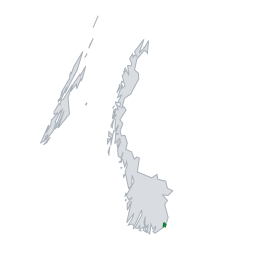 Lyngdal nor, Vest-Agder, Norway (highlighted), rotated 295°
{"feature_id": "86288312B23771706622322", "entity_name": "Lyngdal nor", "entity_type": "district", "adm_level": 2, "iso_a3": "NOR", "parent_name": "Norway", "parent_adm1": "Vest-Agder", "projection": "equal_earth", "projection_center": [7.039, 58.163], "detail": "fine", "context": "in_parent", "style": "filled", "palette": "green", "viewbox_px": 256, "rotation_deg": 295, "n_neighbors": 0, "source": "geoboundaries", "source_scale": "gbopen_adm2", "svg_char_len": 4597}
<svg xmlns="http://www.w3.org/2000/svg" viewBox="0 0 256 256"><g transform="rotate(295 128 128)"><path d="M153.6,112.2L143.9,114.0L145.6,115.2L143.5,118.7L132.0,117.2L129.8,121.5L122.1,122.0L118.0,125.4L120.1,128.1L114.2,133.7L107.8,135.0L107.8,141.4L102.3,147.1L105.4,148.0L105.5,151.0L92.2,155.0L92.8,170.6L98.2,173.8L94.1,176.8L95.8,184.6L90.0,189.2L90.0,195.1L83.8,192.8L81.9,187.6L79.0,194.4L74.3,193.5L63.9,202.2L55.1,203.3L43.9,196.9L44.7,194.4L48.3,195.6L50.3,194.5L46.7,193.6L50.6,189.4L41.1,192.4L42.4,188.7L49.2,187.2L45.6,186.8L48.7,183.5L55.1,181.1L48.8,182.5L41.2,188.8L41.8,184.8L45.3,184.5L41.3,181.6L45.1,179.5L41.2,180.0L40.4,176.5L55.4,177.2L59.5,175.0L41.2,175.2L42.9,172.6L40.0,169.3L47.9,170.1L53.1,169.4L41.6,166.9L63.0,162.1L53.2,162.2L59.2,159.1L66.8,161.2L63.4,158.6L66.4,155.0L82.1,156.1L86.9,151.7L77.0,155.7L73.5,154.1L86.8,144.0L94.0,143.0L96.7,141.1L91.3,141.6L97.3,136.4L95.5,135.3L104.1,133.8L97.8,134.3L98.2,131.2L104.2,127.6L113.2,127.0L106.4,126.5L109.8,124.3L114.3,125.9L114.9,124.7L108.6,122.6L116.6,119.6L118.9,122.1L117.9,118.9L127.0,118.2L119.9,117.4L130.2,113.0L131.0,110.9L135.1,112.0L133.3,110.8L140.3,108.6L140.3,111.2L144.4,107.7L143.5,111.8L147.6,110.5L146.5,107.9L155.6,108.4L151.1,105.7L159.8,104.8L164.7,107.4L172.9,100.7L179.9,101.9L175.9,106.6L184.5,101.3L185.8,104.6L188.3,103.9L191.5,100.1L197.0,100.9L194.1,102.8L196.6,102.9L196.7,105.6L200.0,101.6L215.1,105.0L200.8,106.3L207.6,109.0L216.0,109.7L203.8,114.0L205.6,110.9L204.0,109.5L194.0,106.9L183.3,109.4L182.1,114.2L177.1,117.0L159.8,116.1L153.6,112.2ZM111.4,54.1L121.2,55.1L120.4,56.7L124.8,55.8L126.7,57.2L143.7,59.3L130.1,60.8L116.0,69.0L98.6,64.7L116.6,62.9L99.1,63.5L96.5,62.3L117.9,60.6L113.4,60.3L115.4,59.6L102.5,59.4L102.3,60.7L93.1,61.4L82.0,58.4L88.3,58.4L85.6,57.0L80.9,57.7L77.6,55.2L96.0,54.8L97.4,55.2L89.1,55.9L97.7,56.8L102.9,55.2L112.5,58.3L109.0,55.4L111.4,54.1ZM132.4,52.6L148.3,54.1L152.3,52.6L154.2,52.7L153.2,53.6L160.9,53.0L178.3,54.7L159.0,57.4L135.4,56.3L132.6,55.9L139.3,55.3L126.7,55.2L123.7,54.6L127.3,54.2L121.6,53.8L130.3,53.9L129.1,53.1L132.7,53.5L132.4,52.6ZM145.1,59.9L156.9,61.8L154.9,62.5L166.2,63.5L153.6,65.7L151.2,65.6L152.6,64.5L141.8,64.9L145.9,62.8L136.7,60.4L145.1,59.9ZM114.7,117.2L120.0,116.1L104.7,119.8L112.3,116.8L112.5,113.8L116.7,112.2L114.7,117.2ZM122.6,111.6L129.8,111.4L121.5,113.6L122.6,111.6ZM129.5,110.0L139.6,107.2L134.4,110.1L129.5,110.0ZM77.0,58.6L84.9,60.6L86.8,61.4L80.6,60.5L77.0,58.6ZM109.5,114.1L111.0,116.8L105.2,116.1L109.5,114.1ZM164.3,101.9L160.6,103.7L154.9,103.0L161.3,102.6L164.3,101.9ZM165.2,103.2L163.8,105.3L161.3,104.7L165.2,103.2ZM98.2,120.1L103.7,119.4L97.7,121.2L98.2,120.1ZM216.7,53.6L204.2,53.9L217.1,53.5L216.7,53.6ZM187.3,58.3L194.6,58.6L183.6,58.8L187.3,58.3ZM176.5,100.5L180.6,100.1L182.0,100.5L176.5,100.5ZM167.9,102.7L167.2,103.8L166.0,102.8L167.9,102.7ZM146.4,105.8L146.5,106.9L144.8,106.5L146.4,105.8ZM133.0,79.7L132.6,80.6L130.6,79.9L133.0,79.7ZM178.3,59.5L174.9,59.4L174.5,59.1L178.3,59.5ZM83.5,143.9L84.7,145.1L81.6,144.8L83.5,143.9ZM139.3,105.5L141.4,106.0L142.7,106.6L139.3,105.5ZM123.7,53.0L125.2,53.4L123.0,53.2L123.7,53.0ZM67.9,154.1L64.3,154.3L68.0,153.6L67.9,154.1ZM62.8,156.0L61.5,157.0L60.9,156.5L62.8,156.0ZM96.9,121.5L95.0,122.5L97.0,120.8L96.9,121.5ZM40.6,182.1L40.2,183.8L40.0,181.6L40.6,182.1ZM94.1,135.5L93.2,134.6L94.3,134.7L94.1,135.5ZM208.3,107.9L208.0,108.9L207.8,108.7L208.3,107.9ZM95.1,136.3L93.1,136.5L95.5,136.1L95.1,136.3ZM89.3,138.3L89.5,139.1L88.5,138.9L89.3,138.3ZM39.8,175.1L38.9,176.1L39.1,175.3L39.8,175.1Z" fill="#d9dde1" stroke="#a8b0b8" stroke-width="1"/><path d="M57.0,201.4L57.1,201.2L56.9,200.9L56.7,200.8L56.7,200.7L56.4,200.8L56.2,200.9L56.1,201.0L55.8,201.0L55.6,201.0L55.4,201.2L55.5,201.2L55.5,201.3L55.4,201.4L55.2,201.3L54.9,201.4L54.7,201.4L54.4,201.5L54.5,201.6L54.6,201.8L54.4,201.9L54.2,201.9L54.3,202.0L54.2,202.0L54.3,202.0L54.2,202.0L54.3,202.2L54.2,202.2L54.3,202.3L54.5,202.3L54.9,202.4L55.0,202.4L55.2,202.2L55.3,202.3L55.1,202.4L54.9,202.4L54.9,202.5L54.8,202.4L54.8,202.5L54.7,202.5L54.7,202.4L54.6,202.5L54.8,202.6L54.7,202.6L54.8,202.6L54.7,202.6L54.8,202.6L55.0,202.6L55.1,202.8L54.9,202.8L55.0,202.9L55.2,202.7L55.3,202.7L55.4,202.4L55.5,202.4L55.5,202.5L55.4,202.6L55.2,202.8L55.1,203.0L55.1,202.9L55.0,203.0L54.9,203.1L55.0,203.2L54.9,203.3L55.0,203.3L55.2,203.2L55.3,203.2L55.5,203.0L55.8,203.0L55.8,202.9L56.0,202.8L56.3,202.9L56.3,202.7L56.5,202.5L56.6,202.4L56.8,202.3L56.9,202.2L57.0,201.8L56.9,201.7L57.0,201.4L57.0,201.4ZM55.2,203.3L55.3,203.4L55.2,203.3L55.2,203.3Z" fill="#22c55e" stroke="#15803d" stroke-width="1.5"/></g></svg>